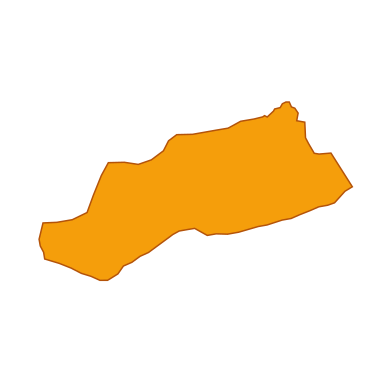 Sukchon, P'yŏngan-namdo, North Korea (Robinson projection), rotated 170°
{"feature_id": "82179303B55497026765088", "entity_name": "Sukchon", "entity_type": "district", "adm_level": 2, "iso_a3": "PRK", "parent_name": "North Korea", "parent_adm1": "P'yŏngan-namdo", "projection": "robinson", "projection_center": [125.574, 39.395], "detail": "fine", "context": "isolated", "style": "filled", "palette": "amber", "viewbox_px": 384, "rotation_deg": 170, "n_neighbors": 0, "source": "geoboundaries", "source_scale": "gbopen_adm2", "svg_char_len": 1083}
<svg xmlns="http://www.w3.org/2000/svg" viewBox="0 0 384 384"><g transform="rotate(170 192 192)"><path d="M288.1,120.6L279.2,124.2L272.4,131.0L263.4,133.2L254.3,137.7L245.3,140.0L236.3,144.5L227.2,149.0L218.2,153.5L211.4,155.8L202.4,155.8L195.7,155.7L184.5,146.6L175.5,146.6L164.3,144.3L153.1,144.3L132.8,146.5L123.8,146.5L108.0,148.7L99.0,148.7L90.0,150.9L78.8,153.2L69.7,155.4L60.7,155.4L53.5,156.6L41.2,166.2L33.2,169.3L48.4,206.2L60.3,207.3L64.9,208.9L68.8,219.4L70.8,225.7L68.8,241.2L76.5,244.0L73.8,251.3L76.2,256.7L79.3,258.5L80.6,263.7L83.9,264.3L87.7,263.2L90.5,259.8L96.2,259.4L97.7,257.5L104.9,252.8L107.3,254.6L109.3,253.7L118.3,253.1L131.8,253.2L145.4,248.6L156.6,248.7L170.1,248.7L181.4,248.7L197.1,251.1L206.2,246.5L213.0,237.5L226.5,230.7L240.1,228.5L253.5,233.0L269.3,235.4L278.4,224.0L289.7,205.9L298.9,190.0L314.7,185.5L330.4,185.6L344.1,187.4L350.8,172.0L350.8,165.2L349.4,160.9L348.6,158.4L348.7,151.6L335.2,144.8L324.0,137.9L322.5,136.7L315.1,131.1L306.1,126.5L298.0,121.0L290.5,119.7L288.1,120.6Z" fill="#f59e0b" stroke="#b45309" stroke-width="1.5"/></g></svg>